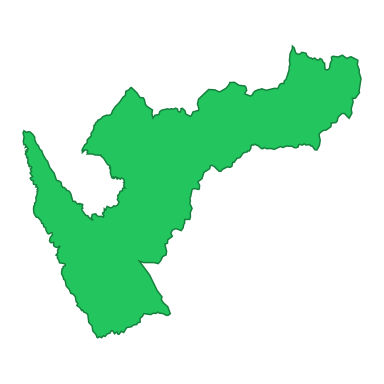 Junin, Junín, Peru
{"feature_id": "86281439B69891072008043", "entity_name": "Junin", "entity_type": "district", "adm_level": 2, "iso_a3": "PER", "parent_name": "Peru", "parent_adm1": "Junín", "projection": "natural_earth1", "projection_center": [-75.905, -11.058], "detail": "fine", "context": "isolated", "style": "filled", "palette": "green", "viewbox_px": 384, "rotation_deg": 0, "n_neighbors": 0, "source": "geoboundaries", "source_scale": "gbopen_adm2", "svg_char_len": 5860}
<svg xmlns="http://www.w3.org/2000/svg" viewBox="0 0 384 384"><path d="M351.2,108.9L353.1,102.1L352.4,98.3L355.3,98.3L359.5,92.6L359.1,90.8L361.0,78.5L359.1,72.4L359.3,70.1L357.3,64.7L357.9,60.3L350.9,56.7L346.7,58.4L342.4,55.2L338.0,57.0L333.0,56.2L331.4,57.2L331.8,60.2L330.2,63.4L329.6,67.9L328.5,69.3L326.5,70.0L325.0,69.0L324.6,63.1L323.4,62.6L321.8,59.3L320.0,58.5L318.7,60.1L317.1,59.9L314.6,58.0L312.6,59.1L311.6,58.1L309.4,57.9L306.7,55.5L306.1,53.3L302.0,52.3L299.3,54.4L296.5,53.7L295.4,52.0L294.2,47.9L292.4,46.2L292.3,48.9L290.1,53.7L289.4,60.7L290.1,64.2L289.2,66.6L289.1,70.0L286.2,79.1L284.3,80.9L284.0,83.4L281.4,83.5L279.7,84.5L277.7,88.6L274.5,88.3L266.3,90.3L261.4,88.7L260.8,89.5L258.8,89.5L255.1,91.0L253.3,92.8L252.7,94.5L250.5,96.1L245.0,93.9L244.9,92.9L246.7,90.4L245.8,87.0L244.9,86.0L239.0,85.3L234.4,82.3L229.9,82.5L229.0,84.7L226.1,88.2L220.1,91.7L218.7,91.7L214.7,89.8L208.6,89.5L198.6,99.1L197.4,104.0L198.8,108.2L198.5,110.4L193.1,111.9L191.3,115.7L190.4,116.3L185.8,114.1L184.9,110.7L182.4,108.3L181.0,108.6L181.0,110.0L179.9,112.2L178.1,111.4L177.5,109.0L175.6,108.2L173.3,109.2L171.2,108.7L169.3,109.4L167.7,108.8L161.6,110.2L159.8,111.6L158.8,114.6L155.0,115.2L153.0,118.0L151.9,113.9L152.5,109.9L147.2,106.6L145.4,104.3L144.3,99.4L143.2,97.8L140.0,97.5L136.7,92.6L131.5,87.6L130.7,87.6L129.0,89.7L125.9,91.3L125.3,95.5L123.0,97.2L119.4,102.5L115.3,106.7L112.6,110.7L111.4,114.0L109.3,115.3L106.8,115.1L102.9,116.6L100.9,118.9L97.6,120.4L97.5,121.4L95.7,122.8L94.8,125.2L94.0,125.4L93.8,128.5L93.0,130.7L91.1,133.3L91.2,135.9L87.3,139.7L87.0,143.1L84.7,144.9L82.1,149.9L82.3,152.3L83.4,150.6L83.7,151.3L84.5,150.2L86.8,149.9L87.8,151.2L87.1,152.2L87.9,153.3L87.3,154.0L92.7,154.0L94.8,154.9L101.0,155.3L100.8,155.8L103.6,158.2L107.5,164.4L110.1,166.0L110.4,167.6L109.6,167.5L109.6,168.4L110.5,169.4L110.4,172.9L111.8,177.6L113.0,178.2L112.8,177.1L113.4,176.8L114.6,178.2L115.8,176.8L116.7,177.7L117.0,179.0L117.5,179.0L117.9,177.7L120.4,179.2L121.4,177.9L123.4,179.1L124.4,181.0L124.4,182.0L123.6,182.4L124.3,183.3L123.7,185.8L125.1,187.9L123.7,187.7L122.5,188.7L122.5,190.6L120.0,191.5L119.3,194.0L117.7,195.5L118.1,197.6L117.3,199.6L119.1,202.1L117.5,205.1L115.5,206.3L113.7,205.8L112.7,207.1L110.7,207.9L107.1,206.4L105.6,210.1L104.3,208.8L104.2,212.1L103.7,212.8L102.9,212.6L102.5,213.8L103.9,215.6L103.3,217.2L101.8,216.3L98.3,216.5L96.4,215.1L95.8,213.8L92.2,214.5L91.3,218.6L92.7,219.7L92.2,220.0L88.6,217.1L87.9,215.8L85.6,215.3L82.0,210.1L81.9,208.6L82.8,208.1L81.9,206.2L82.8,205.0L82.5,204.4L79.7,203.6L79.3,204.1L79.1,203.6L77.3,204.0L75.0,201.3L72.8,201.4L70.8,193.8L69.3,191.3L66.2,190.0L66.2,189.3L64.3,187.5L62.9,187.5L61.6,185.6L61.1,182.4L59.2,181.0L57.3,180.7L56.2,179.5L54.2,173.3L49.7,167.4L47.6,161.4L45.7,159.3L42.7,153.8L41.9,151.0L39.5,148.8L38.4,145.7L36.4,143.7L34.7,139.6L34.7,137.2L33.0,134.7L30.2,132.0L28.2,131.7L26.4,132.4L24.0,130.8L23.0,132.9L24.1,137.0L23.3,141.3L23.9,144.7L25.5,144.8L25.9,145.8L25.3,147.4L26.7,146.9L28.1,148.8L27.9,149.5L26.5,149.8L27.3,151.7L26.3,152.2L25.7,151.7L25.9,153.0L25.3,153.9L27.0,156.4L26.6,157.6L28.0,157.9L27.8,163.3L29.2,164.5L28.8,166.0L29.7,166.8L31.1,166.4L31.8,167.7L30.3,169.0L31.6,171.5L30.3,172.4L30.2,173.3L32.7,176.7L30.5,177.8L30.3,178.7L31.5,180.2L33.6,180.8L33.2,182.2L33.6,184.3L36.5,184.9L35.8,186.9L37.6,187.2L37.9,188.4L37.1,189.6L37.9,190.6L37.0,191.5L37.3,193.6L35.8,197.8L36.2,200.4L35.6,202.3L34.6,203.2L34.7,204.8L33.9,206.0L33.5,208.7L33.9,213.1L36.1,217.1L38.3,217.6L41.1,221.0L41.8,223.4L43.2,223.7L43.8,226.7L45.8,228.0L45.9,230.0L47.6,233.3L48.8,234.0L51.4,232.5L52.1,232.8L52.4,234.8L50.2,237.7L49.5,240.8L49.8,241.7L51.1,242.8L53.7,242.4L53.7,245.6L54.9,246.8L57.9,247.7L59.2,246.1L59.9,246.4L57.5,250.3L57.9,252.8L55.6,255.6L56.6,255.1L57.6,255.8L57.3,257.8L58.8,260.2L59.5,262.8L64.5,263.7L65.2,264.3L65.3,265.6L63.1,266.6L63.0,268.5L62.0,268.9L61.5,273.6L63.5,277.9L63.5,279.1L65.2,280.5L66.2,286.0L69.4,289.6L70.8,293.3L73.1,294.2L75.3,296.6L76.2,301.7L77.9,303.5L76.8,305.5L79.7,307.5L81.7,310.5L82.5,310.0L83.9,312.1L86.3,313.1L87.8,314.7L88.8,322.4L92.1,326.1L92.8,331.0L95.9,334.4L97.0,337.3L97.9,337.8L99.4,336.6L101.6,337.7L103.4,335.8L105.1,336.4L107.3,333.9L110.1,333.0L111.3,330.7L112.8,330.9L114.5,333.8L116.9,331.9L118.1,334.3L119.1,334.2L121.2,331.4L123.7,332.5L126.7,327.6L131.5,326.7L133.5,324.9L136.7,324.6L137.7,322.7L140.1,322.3L140.1,318.2L142.3,316.5L143.9,313.6L150.6,314.6L153.4,313.2L156.1,313.4L157.8,312.1L159.5,313.2L162.8,313.5L166.5,315.4L168.1,315.3L170.3,313.7L167.8,306.8L163.6,303.0L161.3,299.8L162.0,296.9L157.2,290.6L149.6,275.0L139.3,261.1L143.8,262.6L154.2,262.6L158.2,263.6L160.7,260.7L162.7,256.5L166.1,254.9L166.6,251.4L164.9,244.2L167.5,243.2L167.7,239.9L172.4,236.3L170.8,233.2L172.5,230.0L175.9,228.6L181.3,230.6L183.1,227.9L183.7,224.6L184.6,223.2L184.7,219.5L189.7,219.4L190.4,217.3L190.3,212.5L192.1,208.4L189.8,203.4L190.4,201.2L189.9,197.6L190.6,196.9L192.0,189.7L192.8,188.9L195.7,188.7L198.4,189.5L199.3,189.0L199.6,185.4L197.9,181.8L202.0,178.6L203.9,172.4L209.6,168.8L210.5,165.5L211.5,165.3L214.0,166.3L219.0,171.2L221.1,171.2L222.3,169.5L227.2,166.9L230.1,167.3L231.9,166.3L232.7,162.4L234.3,162.2L236.9,158.4L240.0,157.6L243.3,152.9L247.3,151.8L247.9,150.7L249.2,151.0L250.8,148.4L250.8,146.5L251.9,144.9L253.5,145.1L254.5,144.2L258.6,146.0L261.4,148.6L262.9,148.7L264.3,147.5L266.6,148.7L271.0,148.5L274.3,149.4L280.4,146.5L282.9,147.5L286.2,146.1L292.6,146.3L293.7,147.5L296.0,147.8L298.2,146.9L298.6,144.8L300.0,144.4L302.4,145.1L304.2,143.8L305.8,145.0L309.7,144.6L310.8,146.0L312.3,146.1L314.9,149.8L317.0,149.9L319.4,145.4L320.2,140.3L319.0,134.8L320.1,132.7L323.2,130.5L326.4,130.0L331.0,126.6L331.3,123.0L335.8,122.6L337.2,121.0L338.0,117.3L341.7,113.6L344.3,113.4L349.1,118.3L351.9,113.2L351.2,108.9Z" fill="#22c55e" stroke="#15803d" stroke-width="1.5"/></svg>